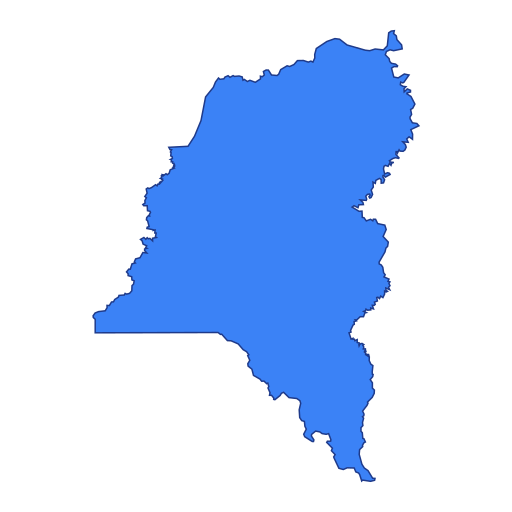 Humaitá, Amazonas, Brazil
{"feature_id": "56859067B63589902021131", "entity_name": "Humaitá", "entity_type": "district", "adm_level": 2, "iso_a3": "BRA", "parent_name": "Brazil", "parent_adm1": "Amazonas", "projection": "orthographic", "projection_center": [-62.357, -7.512], "detail": "fine", "context": "isolated", "style": "filled", "palette": "blue", "viewbox_px": 512, "rotation_deg": 0, "n_neighbors": 0, "source": "geoboundaries", "source_scale": "gbopen_adm2", "svg_char_len": 6041}
<svg xmlns="http://www.w3.org/2000/svg" viewBox="0 0 512 512"><path d="M375.0,478.4L372.6,478.2L368.0,470.6L364.3,468.0L361.9,464.2L359.2,454.4L359.6,449.6L362.7,446.6L362.5,445.2L363.9,442.8L365.4,442.0L363.9,438.7L362.8,438.4L362.3,432.7L361.0,431.3L361.0,427.6L362.9,425.6L362.5,422.5L363.6,418.2L362.5,416.7L363.8,415.7L364.0,414.1L362.6,411.1L367.0,405.4L368.0,403.2L367.5,402.1L372.2,397.4L374.2,393.4L374.4,390.1L372.4,388.1L372.4,382.8L370.2,379.6L372.7,376.6L373.1,374.5L372.4,374.3L372.2,372.0L372.9,365.6L370.8,364.1L369.2,360.6L369.3,357.0L367.2,355.6L368.9,355.6L368.6,354.5L365.6,354.4L365.8,353.3L364.4,352.0L364.6,351.1L366.5,351.6L365.5,350.9L365.4,348.9L363.3,348.9L363.8,347.0L362.8,345.3L363.8,344.6L362.0,343.4L359.4,344.2L359.4,343.0L357.2,342.5L357.2,339.6L354.9,340.7L354.4,339.2L353.0,339.3L353.0,338.3L351.1,339.1L349.0,332.8L351.0,332.1L350.6,330.3L353.1,325.0L354.3,324.3L354.1,321.5L356.4,320.9L355.4,319.8L356.8,319.9L360.2,316.7L363.5,316.7L364.9,312.9L366.2,312.6L363.7,311.4L365.6,310.6L366.0,309.1L367.6,310.2L370.8,309.9L370.7,308.0L373.5,308.9L372.3,305.3L374.2,305.3L375.2,304.4L374.4,302.1L377.4,301.0L376.7,297.5L377.9,297.2L379.5,298.6L380.7,296.1L382.9,297.6L384.6,294.1L384.6,291.1L386.1,292.0L387.5,291.3L386.0,290.4L385.8,288.0L389.7,289.7L388.5,287.3L390.0,285.7L388.9,283.5L389.9,281.9L388.0,281.4L389.0,279.1L384.0,276.9L385.2,274.8L383.6,272.7L382.8,267.3L381.3,265.0L379.2,263.9L379.1,262.1L385.0,251.9L385.9,248.1L387.6,246.4L388.3,242.1L383.1,236.5L386.2,229.5L384.8,225.1L377.7,223.6L375.6,219.3L373.4,219.2L372.8,220.8L370.5,219.3L366.3,220.9L364.0,217.7L362.3,217.4L362.0,211.1L359.0,211.3L352.1,207.1L354.0,205.7L358.0,207.7L358.8,204.8L363.4,204.6L362.9,202.4L360.2,199.9L366.2,200.4L366.7,199.2L365.8,196.2L367.4,194.4L369.7,194.0L370.1,195.1L368.9,196.7L369.8,198.1L371.1,197.5L372.6,194.4L371.2,190.0L373.3,187.1L373.0,182.1L375.3,183.4L375.8,180.4L379.4,178.4L381.1,179.5L381.2,183.2L383.5,182.9L384.6,179.7L382.9,177.0L383.0,175.5L383.8,175.3L385.4,177.1L390.1,174.5L389.5,173.3L387.7,172.7L384.6,173.9L383.5,168.9L384.0,166.3L385.4,165.4L388.1,166.3L389.5,163.4L391.0,165.3L391.7,163.2L393.8,162.4L390.5,162.1L389.4,160.8L392.9,158.5L395.5,157.7L398.6,158.4L399.0,157.9L395.9,154.4L396.1,151.6L397.1,151.6L397.5,153.0L399.1,149.8L400.0,151.1L403.1,151.3L404.9,150.0L406.2,147.2L405.4,144.6L402.8,141.8L408.2,142.3L406.7,138.9L409.1,136.8L412.5,139.3L412.6,134.1L410.8,129.6L418.9,125.8L416.9,123.5L412.4,122.8L410.1,118.8L410.0,117.1L411.6,114.4L410.6,109.5L412.7,108.3L414.9,104.1L411.0,96.5L406.9,93.8L407.0,93.0L410.5,92.0L410.5,90.3L407.3,88.9L404.2,91.8L404.0,88.7L405.9,86.7L403.0,86.3L400.3,84.7L400.7,82.1L402.8,82.9L403.9,82.3L409.0,75.0L404.3,74.0L398.2,77.9L393.8,77.0L391.5,68.1L394.0,66.6L397.2,66.7L397.6,65.8L395.6,64.1L391.4,63.3L389.7,61.4L389.1,58.6L385.3,54.8L386.4,51.5L390.0,49.8L393.6,50.7L402.2,48.9L401.6,44.9L396.9,39.6L396.3,35.9L393.6,33.6L394.3,30.7L391.2,31.1L388.7,32.8L387.3,45.8L383.4,49.9L375.1,49.0L369.7,50.7L365.3,50.2L347.1,45.0L339.6,39.2L334.9,38.6L326.8,41.5L316.3,48.5L314.7,54.5L314.8,58.0L312.9,62.1L310.9,61.1L308.3,62.1L303.4,60.5L297.4,60.6L294.0,64.5L289.7,66.5L287.1,65.8L280.7,69.6L278.7,74.2L277.1,75.5L271.5,75.0L268.4,70.1L266.1,70.0L263.4,71.5L264.3,75.0L262.3,76.7L260.4,76.2L260.5,78.9L255.3,82.3L249.9,80.3L247.4,81.5L244.3,79.4L243.0,80.2L242.2,76.9L239.1,76.0L234.4,76.4L233.1,75.6L230.0,77.3L228.1,75.7L224.9,77.1L223.9,78.8L219.9,79.3L218.5,78.0L215.5,82.0L213.3,87.4L205.6,96.9L201.0,120.6L194.5,136.3L188.0,146.3L168.8,147.3L170.0,149.6L171.6,149.7L170.4,152.0L171.1,152.6L170.7,155.9L172.1,156.6L172.4,158.4L170.5,159.4L171.5,159.7L171.2,161.8L172.7,161.8L172.6,163.1L174.4,164.3L174.7,166.1L172.9,167.7L174.0,168.2L170.2,169.8L169.1,173.3L167.2,174.7L166.0,173.7L163.5,175.6L163.4,174.8L162.1,174.6L162.5,175.9L161.4,175.8L161.6,177.6L160.4,178.4L162.4,179.1L161.9,179.6L162.8,180.3L160.2,183.2L160.1,182.0L159.6,182.4L158.9,184.2L157.9,184.1L157.1,185.8L155.6,184.7L151.5,187.6L149.0,188.6L147.8,187.9L146.2,189.0L147.1,193.2L144.8,196.5L146.4,197.8L144.9,200.4L145.0,203.1L142.8,204.5L143.7,205.7L147.2,205.7L147.5,210.7L150.0,211.3L150.5,212.4L149.3,214.7L149.6,216.0L148.4,215.7L146.7,217.6L146.4,219.8L147.6,220.8L149.1,226.6L147.2,227.2L146.9,228.5L153.5,229.8L153.3,230.4L155.1,230.0L154.8,233.0L156.2,233.1L155.4,236.7L156.4,237.5L152.6,238.2L152.6,240.9L149.9,238.4L148.3,238.8L147.2,237.7L145.8,239.3L143.9,237.5L140.5,239.4L142.1,240.8L143.1,244.1L146.7,245.8L145.6,247.8L146.8,248.3L144.6,249.0L144.6,250.5L146.8,253.0L142.9,252.5L140.0,257.7L135.6,258.9L134.3,262.0L135.3,263.0L132.0,263.8L130.3,269.2L128.8,269.1L126.5,271.9L128.1,273.7L128.1,275.6L131.7,276.7L131.9,279.9L134.2,280.8L133.5,284.2L132.0,285.6L131.8,290.8L129.5,293.4L126.6,294.1L125.1,293.4L124.3,295.0L119.0,295.4L118.4,297.1L114.7,299.5L113.5,301.8L111.5,302.0L109.4,305.5L107.0,305.4L107.1,307.7L105.2,310.8L98.5,311.6L95.1,313.0L93.1,315.8L93.3,317.5L95.2,319.3L95.2,332.8L218.1,332.5L220.4,334.4L221.7,334.2L227.4,340.6L231.1,340.8L238.2,343.9L243.2,349.7L246.6,351.7L248.8,354.8L247.7,355.6L249.8,360.3L247.8,363.7L248.1,366.1L251.9,369.2L253.5,375.4L260.0,379.1L261.6,381.2L264.0,381.1L266.7,383.7L267.8,383.1L268.8,386.6L268.0,388.0L270.0,392.7L269.5,395.3L271.5,395.3L273.8,398.1L273.7,399.4L274.9,399.7L280.1,395.5L281.4,393.3L283.6,392.3L289.0,397.6L296.8,398.5L299.9,400.7L300.7,403.3L299.2,409.8L299.7,417.6L301.7,420.6L304.4,421.4L304.9,426.3L306.3,429.1L303.7,434.2L304.7,436.7L312.2,441.5L313.5,441.5L313.9,439.9L311.4,436.0L311.6,434.4L315.6,431.1L319.8,431.9L322.1,433.6L326.2,434.3L328.6,433.6L330.9,439.7L330.6,441.2L327.4,441.2L326.7,442.4L332.4,448.2L331.4,450.7L335.1,454.6L333.7,456.9L334.1,458.1L338.9,468.3L343.3,469.5L347.2,467.8L354.2,468.0L355.8,471.9L358.6,473.0L359.7,474.7L361.7,481.0L362.6,480.1L370.6,481.3L374.6,480.3L375.0,478.4ZM358.9,344.8L359.6,344.7L359.1,345.8L358.9,344.8ZM174.0,165.0L173.5,166.2L174.1,166.5L174.1,165.8L174.0,165.0Z" fill="#3b82f6" stroke="#1e3a8a" stroke-width="1.5"/></svg>